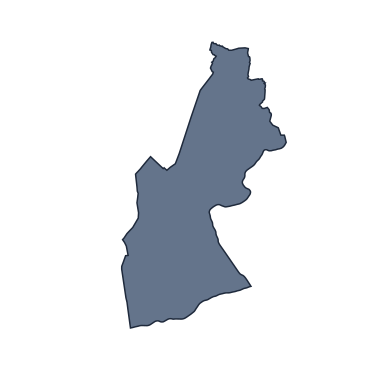 the district of Jimaní, Independencia, Dominican Republic, rotated 55°
{"feature_id": "3306468B8700472779567", "entity_name": "Jimaní", "entity_type": "district", "adm_level": 2, "iso_a3": "DOM", "parent_name": "Dominican Republic", "parent_adm1": "Independencia", "projection": "equal_earth", "projection_center": [-71.817, 18.503], "detail": "fine", "context": "isolated", "style": "filled", "palette": "slate", "viewbox_px": 384, "rotation_deg": 55, "n_neighbors": 0, "source": "geoboundaries", "source_scale": "gbopen_adm2", "svg_char_len": 4676}
<svg xmlns="http://www.w3.org/2000/svg" viewBox="0 0 384 384"><g transform="rotate(55 192 192)"><path d="M303.1,197.8L295.7,197.5L293.1,197.5L291.6,197.6L290.6,197.8L289.6,198.1L287.9,199.1L287.0,199.5L286.0,199.7L284.4,199.8L261.1,199.6L251.6,199.6L250.1,199.5L248.7,199.3L247.7,199.0L245.9,197.9L245.1,197.6L244.2,197.4L241.8,197.0L240.9,196.7L240.1,196.4L238.6,195.5L237.8,195.2L236.5,194.9L233.6,194.7L232.2,194.5L231.3,194.2L229.5,193.2L228.7,192.8L227.8,192.6L224.9,192.1L224.0,191.8L221.8,190.7L219.4,189.9L218.6,189.6L217.9,189.0L217.4,188.3L217.1,187.9L216.9,187.4L216.6,186.3L216.5,185.1L216.4,183.9L216.4,182.1L216.5,180.9L216.6,179.7L216.9,178.6L217.4,177.7L217.9,177.0L218.2,176.7L219.0,176.2L220.4,175.4L222.8,173.7L223.4,173.1L223.8,172.4L225.0,169.9L225.4,169.0L226.1,167.0L227.2,164.4L227.9,162.4L228.8,160.2L229.1,159.1L229.3,157.4L229.4,155.5L229.4,153.7L229.3,151.9L229.2,151.3L228.9,150.3L228.0,148.0L227.3,146.1L227.1,145.7L226.5,144.9L225.9,144.3L225.5,144.0L224.7,143.7L223.4,143.7L222.6,143.8L222.2,144.0L220.1,145.3L218.8,145.8L217.5,145.9L215.7,146.0L214.4,145.8L213.5,145.6L212.8,145.1L212.4,144.8L211.9,144.1L211.4,143.3L210.7,141.5L210.0,140.3L209.1,139.4L207.6,138.4L207.0,137.8L206.5,137.1L206.0,136.2L205.8,135.1L205.6,134.0L205.6,127.4L205.5,126.2L205.3,125.0L204.3,122.3L204.0,121.3L203.6,118.6L203.3,117.6L202.3,115.4L201.6,113.4L201.1,112.5L199.5,110.0L199.2,109.1L199.2,108.6L199.2,108.2L199.4,107.8L199.8,107.1L200.4,106.5L202.1,105.5L202.7,104.9L203.2,104.1L203.7,103.3L204.2,101.8L205.4,99.2L206.0,97.2L206.8,95.5L207.1,94.5L207.3,94.0L207.4,92.9L207.4,91.8L207.2,90.7L207.1,90.2L206.8,89.3L205.4,86.4L199.6,84.1L198.4,83.8L196.4,86.6L188.9,84.5L183.6,87.5L178.6,87.7L174.8,83.2L173.7,82.4L172.6,82.2L171.4,82.8L168.8,81.6L165.9,81.8L165.0,84.9L163.8,86.5L162.4,86.5L162.2,86.5L161.8,86.5L161.6,86.5L159.7,87.1L159.2,86.5L159.0,85.0L158.7,82.6L158.0,82.0L157.6,79.7L157.5,79.4L156.5,78.5L152.2,75.0L150.1,73.4L149.3,73.4L148.1,71.8L146.5,70.5L145.3,70.5L144.8,69.6L144.3,70.5L143.6,69.6L142.4,69.6L141.4,70.5L140.2,69.6L139.5,69.6L139.3,70.0L139.0,70.5L138.5,71.8L138.4,71.9L137.8,72.8L137.3,72.8L135.6,76.6L134.4,79.5L133.7,79.5L131.6,81.1L131.4,81.1L130.4,81.1L129.9,79.5L128.0,78.9L126.3,77.3L124.1,75.0L122.2,73.4L121.3,72.3L120.0,70.6L119.2,70.6L118.8,70.6L118.1,69.6L117.6,69.0L116.7,68.5L116.6,68.4L115.9,68.0L114.7,67.4L114.2,67.4L114.1,67.5L113.5,68.0L110.2,66.8L109.2,66.0L109.0,65.8L108.5,65.2L107.5,64.2L106.8,63.6L104.4,65.8L102.9,68.2L101.0,71.3L100.3,73.5L98.6,78.3L96.9,80.6L95.7,80.6L95.0,80.9L94.8,81.1L94.0,82.0L91.4,83.2L91.2,83.4L90.7,83.4L90.0,83.4L89.7,83.9L89.5,84.4L89.2,84.4L88.1,85.4L87.3,85.4L87.1,86.0L86.6,86.7L85.4,87.3L84.2,87.3L84.0,87.7L82.7,89.2L81.4,88.9L80.9,89.9L81.3,90.5L82.5,92.1L83.2,92.7L84.2,93.7L85.0,94.8L85.9,95.9L87.1,95.0L87.5,95.2L88.8,95.9L89.1,95.9L91.7,95.9L92.4,95.0L93.4,95.0L94.6,94.3L95.3,95.9L95.3,97.5L97.0,99.8L97.0,101.4L98.2,101.3L99.1,102.6L99.9,104.2L101.1,105.8L104.9,106.4L105.6,106.1L106.1,105.8L107.3,107.4L108.2,110.3L108.4,111.0L108.5,111.1L111.8,121.7L113.2,126.2L113.3,126.2L113.6,127.2L114.8,128.8L130.0,149.6L153.1,180.3L157.8,187.2L159.3,189.5L159.3,195.6L159.8,200.1L157.5,200.7L156.3,201.0L156.2,201.0L156.3,202.2L139.3,205.7L140.8,211.7L142.9,219.2L143.2,220.2L143.3,220.3L144.4,225.3L144.4,225.5L145.0,228.0L149.0,230.2L156.0,234.0L159.4,236.0L159.9,236.3L161.9,236.8L162.3,236.9L162.9,237.5L165.2,239.5L169.3,243.3L178.4,247.7L181.9,250.5L182.5,250.9L187.1,260.9L188.3,266.9L188.8,269.2L190.7,274.0L191.2,276.2L194.6,276.2L198.6,276.8L202.8,278.7L207.3,280.7L206.1,282.9L209.7,288.0L212.6,292.2L214.8,293.8L240.8,306.8L244.9,308.4L251.0,311.6L268.1,320.4L269.1,318.0L269.8,316.0L270.9,313.4L271.6,311.4L272.1,310.4L272.7,309.5L275.3,306.0L275.9,305.1L276.3,304.1L276.6,303.0L276.7,301.9L276.8,298.0L276.8,296.8L277.0,295.8L277.2,295.3L277.6,294.4L278.1,293.7L278.8,293.1L279.8,292.5L280.5,292.0L281.1,291.3L281.3,291.0L281.8,290.1L282.0,289.1L282.4,284.7L282.7,283.7L282.8,283.3L283.3,282.5L283.8,281.8L285.3,280.4L285.5,280.1L286.4,278.5L287.0,277.6L289.9,273.7L290.5,272.7L290.9,271.7L291.1,271.1L291.3,270.0L291.4,268.2L291.4,262.8L291.2,259.8L291.1,258.7L290.8,257.7L289.8,255.4L289.1,253.5L288.2,251.3L287.9,250.2L287.7,249.1L287.7,248.0L287.7,246.3L287.8,245.2L288.0,244.2L288.9,241.9L289.2,240.9L289.3,239.8L289.6,236.5L289.8,235.4L290.0,234.4L290.9,232.2L291.1,231.1L291.4,229.0L291.7,227.9L292.8,225.2L293.5,223.3L294.2,221.9L295.7,219.7L296.2,218.8L296.6,217.8L297.1,216.4L298.3,213.7L298.9,211.7L300.0,209.0L300.2,208.0L300.6,205.8L300.8,204.8L301.9,202.1L302.5,199.5L303.1,197.8Z" fill="#64748b" stroke="#1e293b" stroke-width="1.5"/></g></svg>